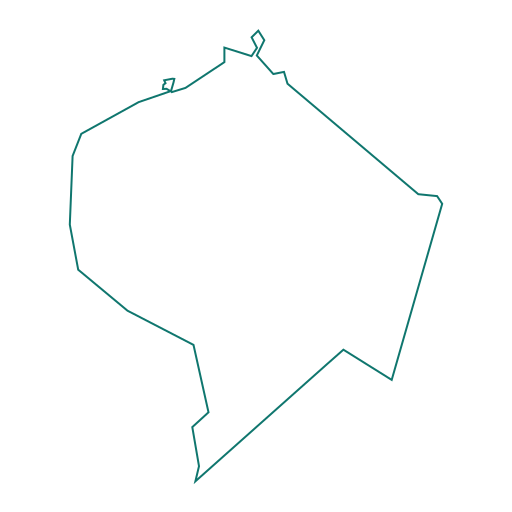 Lincoln, Kentucky, United States of America (Natural Earth projection)
{"feature_id": "52423323B85940077670838", "entity_name": "Lincoln", "entity_type": "district", "adm_level": 2, "iso_a3": "USA", "parent_name": "United States of America", "parent_adm1": "Kentucky", "projection": "natural_earth1", "projection_center": [-84.689, 37.439], "detail": "fine", "context": "isolated", "style": "outline", "palette": "teal", "viewbox_px": 512, "rotation_deg": 0, "n_neighbors": 0, "source": "geoboundaries", "source_scale": "gbopen_adm2", "svg_char_len": 592}
<svg xmlns="http://www.w3.org/2000/svg" viewBox="0 0 512 512"><path d="M391.7,379.9L442.2,203.8L437.1,196.1L418.3,194.2L287.5,83.7L284.0,71.9L273.3,74.0L256.8,55.5L264.3,40.2L258.3,30.7L251.6,37.3L257.0,47.8L251.5,56.1L224.4,47.6L224.4,62.1L185.5,87.9L171.8,92.1L171.0,91.1L173.5,82.5L174.3,78.9L172.5,78.7L164.2,80.3L165.5,83.2L163.4,84.8L162.9,89.0L166.5,88.8L170.5,91.2L138.7,102.1L81.3,133.8L72.6,156.0L69.8,224.6L78.2,269.7L127.5,310.7L193.5,344.9L208.5,412.3L192.3,427.1L199.0,466.2L195.4,481.3L327.4,363.8L343.4,349.7L391.7,379.9Z" fill="none" stroke="#0f766e" stroke-width="2"/></svg>